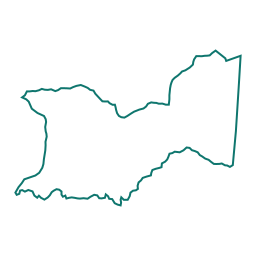 Pedra Lavrada, Paraíba, Brazil
{"feature_id": "56859067B32724013472613", "entity_name": "Pedra Lavrada", "entity_type": "district", "adm_level": 2, "iso_a3": "BRA", "parent_name": "Brazil", "parent_adm1": "Paraíba", "projection": "robinson", "projection_center": [-36.413, -6.768], "detail": "fine", "context": "isolated", "style": "outline", "palette": "teal", "viewbox_px": 256, "rotation_deg": 0, "n_neighbors": 0, "source": "geoboundaries", "source_scale": "gbopen_adm2", "svg_char_len": 2341}
<svg xmlns="http://www.w3.org/2000/svg" viewBox="0 0 256 256"><path d="M15.4,192.6L16.7,194.8L19.3,193.8L20.1,190.6L22.2,190.1L24.9,191.6L28.3,190.0L32.5,191.4L34.4,195.6L37.2,197.7L38.9,195.7L41.0,197.8L44.4,199.6L47.7,197.5L49.8,195.3L51.7,192.2L53.7,190.7L56.5,189.2L59.2,189.7L61.5,191.5L61.5,194.6L62.9,196.7L65.3,195.6L66.4,198.5L69.1,197.8L71.7,197.4L74.5,197.8L77.5,198.4L79.9,198.6L83.6,198.2L87.6,198.7L90.6,196.7L94.2,194.8L97.3,195.4L99.2,198.2L101.5,198.4L104.9,197.8L105.8,194.4L108.1,196.3L109.2,198.8L112.2,199.1L114.7,203.2L117.6,204.6L120.6,205.4L121.1,202.6L120.6,199.8L121.3,197.3L123.8,199.8L127.7,199.8L129.7,196.2L130.5,192.6L133.0,190.7L135.9,190.3L137.9,188.9L137.6,185.8L138.6,182.4L141.0,180.4L142.7,177.9L146.5,176.6L150.9,175.4L151.3,172.9L152.4,170.0L155.7,168.8L159.3,167.9L161.5,167.2L161.9,163.4L165.1,161.7L167.2,159.5L168.4,156.8L169.5,153.7L172.3,153.1L174.7,151.7L179.7,152.3L183.5,150.3L186.6,147.5L189.6,147.9L191.9,150.2L194.7,151.0L197.7,152.3L199.8,155.1L202.1,156.4L205.2,158.6L208.6,159.8L211.0,161.8L213.8,163.9L216.3,164.0L219.4,163.9L221.8,163.5L225.0,165.3L227.2,165.5L229.9,166.9L232.8,165.1L235.9,131.1L239.0,82.3L240.6,55.8L226.2,60.9L225.3,58.3L215.6,50.6L212.1,53.1L209.7,55.4L207.2,55.7L204.6,55.8L201.9,56.2L196.3,56.1L194.1,59.4L193.3,61.9L192.9,64.6L189.8,67.5L185.4,70.3L182.0,71.5L180.3,73.4L177.8,75.6L174.7,77.8L172.6,79.9L171.5,82.4L170.7,85.0L170.1,88.2L169.4,95.1L169.4,99.3L168.8,104.7L165.9,104.7L162.4,103.6L158.8,103.7L156.3,102.9L154.0,102.8L151.2,102.4L147.9,103.8L146.1,106.5L143.5,108.5L139.3,109.6L136.3,110.8L134.2,111.6L131.4,113.3L127.3,116.0L124.4,117.6L121.3,117.2L118.9,115.9L117.1,113.2L116.1,109.9L115.6,107.3L114.9,104.7L112.6,104.8L109.6,103.2L107.9,101.4L105.1,101.5L102.4,101.3L100.3,99.1L97.7,96.3L95.3,93.7L93.5,90.6L90.1,89.8L87.7,87.9L84.6,86.5L80.8,85.0L76.4,85.9L73.1,87.1L70.2,88.5L66.9,88.3L64.0,88.2L60.9,88.2L58.1,90.1L55.3,91.1L51.1,89.3L47.8,89.9L44.7,89.7L41.8,88.9L38.9,90.3L35.4,91.2L32.7,91.0L29.6,91.4L26.9,91.4L24.9,95.3L22.1,97.4L26.2,99.3L28.7,101.6L31.8,108.7L37.5,113.0L44.0,116.0L45.7,119.2L46.1,122.0L45.2,127.0L45.7,131.3L46.4,133.7L46.7,136.7L45.5,141.8L45.6,145.2L45.3,150.4L43.9,159.2L43.4,164.1L42.3,167.8L39.2,172.8L35.4,175.5L24.3,179.3L21.9,183.0L18.5,187.2L15.4,192.6Z" fill="none" stroke="#0f766e" stroke-width="2"/></svg>